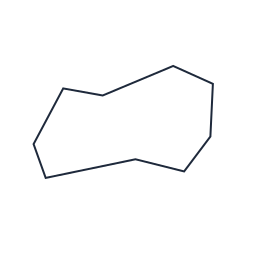 SVG path tracing the border of Gżira, rotated 156°
{"feature_id": "MLT-5938", "entity_name": "Gżira", "entity_type": "state/province", "adm_level": 1, "iso_a3": "MLT", "parent_name": "Malta", "parent_adm1": "", "projection": "mercator", "projection_center": [14.498, 35.901], "detail": "fine", "context": "isolated", "style": "outline", "palette": "slate", "viewbox_px": 256, "rotation_deg": 156, "n_neighbors": 0, "source": "natural_earth", "source_scale": "10m", "svg_char_len": 279}
<svg xmlns="http://www.w3.org/2000/svg" viewBox="0 0 256 256"><g transform="rotate(156 128 128)"><path d="M220.8,151.7L171.1,190.5L137.9,168.0L61.5,166.3L32.5,133.8L56.2,86.7L94.4,65.5L133.9,96.4L223.5,115.9L220.8,151.7Z" fill="none" stroke="#1e293b" stroke-width="2"/></g></svg>